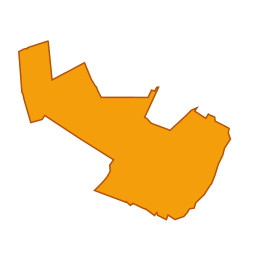 the district of Savinesti, Neamt, Romania, rotated 262°
{"feature_id": "2599482B38400448964387", "entity_name": "Savinesti", "entity_type": "district", "adm_level": 2, "iso_a3": "ROU", "parent_name": "Romania", "parent_adm1": "Neamt", "projection": "mercator", "projection_center": [26.487, 46.871], "detail": "fine", "context": "isolated", "style": "filled", "palette": "amber", "viewbox_px": 256, "rotation_deg": 262, "n_neighbors": 0, "source": "geoboundaries", "source_scale": "gbopen_adm2", "svg_char_len": 1338}
<svg xmlns="http://www.w3.org/2000/svg" viewBox="0 0 256 256"><g transform="rotate(262 128 128)"><path d="M113.5,228.1L115.0,226.1L122.7,215.2L126.7,215.4L128.5,212.7L128.4,212.2L130.6,209.5L126.8,206.3L135.4,196.4L138.4,199.1L137.5,195.8L136.7,193.1L133.3,188.7L119.7,169.1L119.8,169.0L120.5,168.2L126.1,157.9L127.8,154.6L129.6,151.6L130.4,150.9L132.5,149.6L134.6,148.1L136.3,146.0L164.2,164.0L164.4,162.3L160.8,159.6L162.3,156.5L161.0,155.9L158.8,154.2L155.5,152.2L162.1,105.6L169.3,103.2L173.1,102.4L173.6,101.7L181.3,98.4L198.7,94.0L186.2,59.5L225.0,61.0L225.2,60.5L221.6,39.9L221.1,39.9L220.7,39.5L220.7,39.1L220.9,38.1L220.5,35.7L220.5,34.9L219.9,34.0L218.9,30.5L178.3,27.9L176.2,28.6L169.6,29.2L146.9,32.5L148.4,44.1L152.0,47.3L124.6,78.4L98.5,109.3L93.9,104.8L87.5,104.3L82.5,100.5L79.1,96.8L76.9,94.2L70.8,86.1L55.7,113.9L54.8,115.6L55.2,116.0L53.1,117.8L51.0,119.6L52.1,120.7L51.7,121.4L52.7,122.4L51.0,125.0L50.9,125.1L45.7,132.9L45.4,133.6L45.7,133.9L37.6,142.1L38.6,143.0L39.3,143.9L40.1,144.7L40.2,144.8L39.5,144.9L38.8,145.0L37.4,145.2L36.5,146.6L31.9,153.2L36.2,155.5L32.6,159.7L30.8,161.8L32.6,171.0L36.0,175.0L39.3,177.5L39.5,182.4L44.5,184.7L51.4,194.2L60.0,201.5L61.2,203.0L69.1,207.5L79.4,212.3L87.8,218.0L94.7,220.8L102.7,227.9L109.3,226.6L113.5,228.1Z" fill="#f59e0b" stroke="#b45309" stroke-width="1.5"/></g></svg>